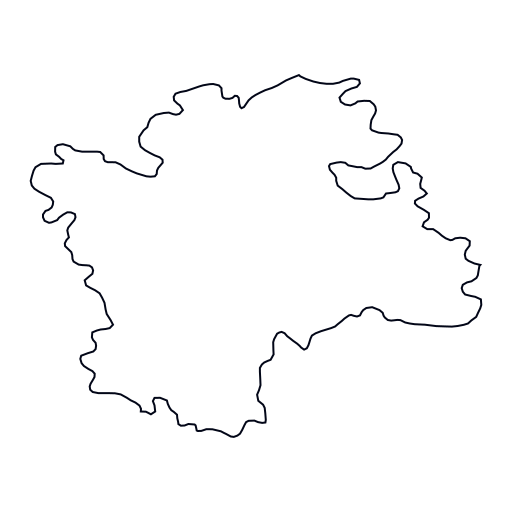 outline of Smalyavichy, Minsk, Belarus
{"feature_id": "67162791B46914171064537", "entity_name": "Smalyavichy", "entity_type": "district", "adm_level": 2, "iso_a3": "BLR", "parent_name": "Belarus", "parent_adm1": "Minsk", "projection": "equal_earth", "projection_center": [28.153, 53.988], "detail": "fine", "context": "isolated", "style": "outline", "palette": "ink", "viewbox_px": 512, "rotation_deg": 0, "n_neighbors": 0, "source": "geoboundaries", "source_scale": "gbopen_adm2", "svg_char_len": 5468}
<svg xmlns="http://www.w3.org/2000/svg" viewBox="0 0 512 512"><path d="M298.9,75.1L291.7,78.0L286.1,80.4L277.6,85.4L271.8,88.0L265.2,90.2L260.3,92.5L255.5,95.0L251.8,97.4L248.6,100.3L246.6,103.2L244.0,107.0L241.5,108.2L240.1,106.8L239.2,103.4L239.0,100.6L238.7,97.8L237.1,96.0L234.8,95.8L232.5,97.9L229.5,98.8L225.4,98.7L223.3,97.7L222.4,96.5L221.5,90.6L221.5,88.2L218.9,85.4L213.2,84.0L209.5,84.2L203.1,85.3L199.4,86.4L192.7,88.7L186.3,90.9L180.3,92.0L175.5,93.7L173.7,96.8L174.1,100.4L177.4,103.6L179.9,105.4L182.9,110.1L179.4,113.9L176.0,114.7L173.0,114.1L168.9,112.6L163.8,113.0L155.7,114.8L150.5,118.8L148.6,122.7L147.3,127.2L143.6,130.3L141.5,133.4L139.2,136.8L139.2,141.7L140.6,146.6L145.0,150.2L150.0,153.0L154.7,155.4L159.7,157.3L162.5,159.7L162.7,162.7L160.9,164.8L158.3,167.8L157.0,170.5L156.7,174.0L154.9,176.3L150.5,176.7L146.4,176.3L142.1,175.0L136.8,173.4L132.0,171.4L125.9,168.5L120.5,164.5L115.6,162.3L111.7,162.2L107.8,162.2L105.0,161.2L103.7,159.0L103.6,155.4L100.2,152.0L97.4,151.7L92.2,151.7L85.9,151.7L82.3,151.7L75.2,150.4L72.9,148.9L70.3,146.3L62.9,144.2L57.5,145.1L55.2,147.0L55.1,151.7L55.9,154.4L59.1,156.8L61.2,159.0L63.5,160.3L62.8,163.5L55.6,163.9L51.1,163.5L41.0,163.9L35.5,167.2L33.6,170.6L32.0,175.8L30.9,180.1L30.7,180.9L31.8,185.5L34.4,188.7L39.0,191.7L45.4,195.1L50.9,197.8L53.2,201.5L52.8,204.8L51.6,207.5L48.5,209.9L45.5,210.9L43.0,214.5L43.0,217.3L44.6,220.8L49.0,222.8L51.5,222.4L57.2,220.1L59.0,217.7L63.2,214.6L67.3,212.3L70.9,212.4L74.9,214.1L75.5,217.2L74.4,220.1L71.7,223.3L68.2,227.6L67.3,230.4L68.2,234.7L68.9,237.4L66.5,240.0L64.8,243.3L65.1,246.1L68.1,249.0L71.3,252.1L72.2,255.1L72.5,259.1L73.6,261.6L78.7,264.6L82.6,265.1L86.5,265.3L89.4,265.6L92.0,267.4L93.1,270.4L92.4,273.8L88.6,276.9L84.7,280.3L86.1,285.4L90.2,287.8L95.0,290.2L99.6,293.3L102.1,297.7L104.5,302.8L105.6,309.4L106.7,314.0L110.6,320.1L113.0,324.7L109.7,328.1L105.6,329.0L100.6,329.5L96.9,330.5L92.3,332.4L91.9,337.3L93.0,339.9L95.6,342.8L96.1,345.7L95.6,349.1L93.3,351.5L87.8,353.2L81.2,355.7L80.3,358.9L81.6,363.2L83.9,366.0L88.3,368.9L92.4,371.1L94.7,373.7L94.5,377.0L92.9,379.9L90.6,383.7L89.7,386.4L90.2,389.7L92.7,392.0L98.2,393.1L107.6,393.1L115.0,393.3L120.7,394.4L126.9,397.8L130.7,400.3L135.5,402.6L139.5,405.6L141.0,408.8L140.8,411.5L145.9,411.7L148.1,412.8L150.9,414.3L155.2,411.5L154.5,405.4L152.9,401.1L154.5,397.9L160.1,397.8L166.9,400.5L167.8,403.9L169.5,407.6L171.3,410.2L173.8,411.9L177.0,414.7L177.3,418.3L178.1,421.7L178.4,424.1L180.9,425.7L184.6,425.5L188.4,424.0L194.6,424.5L195.6,425.4L196.2,428.0L196.7,430.5L197.8,431.0L201.3,430.9L204.3,429.9L206.3,429.2L209.5,429.2L212.5,429.3L220.9,431.3L223.9,432.9L226.0,433.9L230.8,436.5L233.8,436.9L237.4,435.6L240.0,433.7L242.2,429.9L244.5,425.0L246.1,422.1L248.6,420.8L254.4,420.6L258.0,422.1L262.2,422.9L265.4,422.5L265.8,419.9L265.3,413.4L264.7,407.9L263.1,404.7L258.3,400.8L257.1,394.7L259.0,390.2L260.5,385.2L260.3,379.8L259.9,371.7L259.9,367.9L261.9,364.5L264.2,362.5L267.7,360.9L270.6,359.8L273.6,354.4L273.4,350.2L273.2,342.2L274.1,339.2L277.1,333.7L279.3,332.5L281.6,331.9L284.6,333.2L287.2,336.2L290.1,338.4L293.1,340.8L297.2,343.7L299.7,345.9L301.1,347.5L304.1,349.6L306.8,348.3L308.4,345.3L309.4,342.2L310.5,338.6L311.9,335.6L315.6,333.3L321.0,331.2L324.9,330.0L331.1,328.1L335.1,326.5L337.6,324.3L341.9,320.9L344.4,318.6L346.1,317.4L349.0,315.4L351.1,314.9L353.8,315.8L357.0,316.5L360.0,315.4L361.6,312.2L363.2,310.1L366.3,308.0L372.2,307.2L379.5,310.1L382.7,312.8L383.6,315.7L384.8,317.5L387.8,320.0L391.2,320.6L394.0,320.3L397.4,319.9L400.4,320.1L405.2,322.5L409.8,323.5L414.6,324.2L424.9,324.7L436.3,326.1L444.6,326.4L451.9,326.6L457.7,326.0L463.8,324.8L468.0,323.5L471.4,320.4L476.2,316.9L478.1,312.7L480.2,308.4L481.3,304.9L480.9,299.4L475.2,296.8L471.1,296.0L465.1,294.5L462.8,291.7L461.7,288.1L462.8,284.8L467.0,282.4L471.5,281.3L476.4,278.0L477.8,275.4L478.4,271.7L479.4,265.9L480.3,264.9L474.4,263.5L468.4,260.8L465.7,258.7L464.8,254.6L465.7,250.8L468.0,247.7L469.6,245.6L469.8,241.2L465.5,238.3L460.2,237.7L455.2,238.3L452.4,239.9L450.3,240.2L445.7,238.3L441.9,235.7L438.7,232.9L433.1,229.1L427.2,229.1L422.6,226.3L424.0,222.3L427.7,219.7L429.0,217.7L428.9,213.2L423.8,209.8L417.6,206.3L414.9,203.5L415.1,200.8L418.5,198.6L423.4,196.5L426.8,193.5L424.5,190.7L420.6,187.9L420.2,183.9L421.3,179.7L421.8,177.5L417.5,173.7L413.1,172.5L411.1,168.5L410.8,166.9L405.6,163.4L397.9,162.1L393.3,164.8L392.7,168.4L393.4,172.2L395.0,176.3L396.5,180.0L398.6,184.7L399.3,188.3L397.9,191.2L395.4,192.3L389.6,193.1L386.0,193.5L383.4,197.4L380.7,198.4L373.5,199.3L367.8,199.3L360.7,198.8L354.7,198.4L350.8,196.1L346.2,192.5L342.3,189.1L337.7,185.6L336.2,180.8L336.2,177.7L334.5,174.7L332.5,172.7L329.9,169.7L329.0,166.1L330.2,164.1L336.6,162.6L340.7,162.1L345.3,162.8L348.3,165.4L352.0,166.1L357.0,167.1L361.4,167.1L365.3,168.7L370.6,168.5L374.0,166.6L380.0,163.6L382.8,161.9L385.8,159.6L388.1,156.8L393.2,152.0L396.6,149.4L399.6,146.1L401.5,143.6L402.1,140.0L400.8,137.4L397.6,134.8L393.7,134.3L388.4,133.5L381.3,133.0L378.5,132.6L372.0,130.3L370.5,128.6L370.7,124.6L371.4,120.1L373.4,116.4L375.1,113.5L376.0,110.4L375.3,106.7L373.7,104.3L369.8,101.0L364.1,100.8L357.6,101.5L355.3,103.4L350.5,105.4L345.0,104.5L340.8,101.8L339.5,97.6L342.9,93.8L345.5,91.1L351.4,88.5L356.9,86.9L359.9,83.4L359.1,79.9L353.7,78.6L350.8,78.6L342.9,80.9L339.2,82.6L333.0,83.8L326.6,83.8L319.9,83.0L313.3,81.5L305.7,78.9L300.4,76.4L298.9,75.1Z" fill="none" stroke="#020617" stroke-width="2"/></svg>